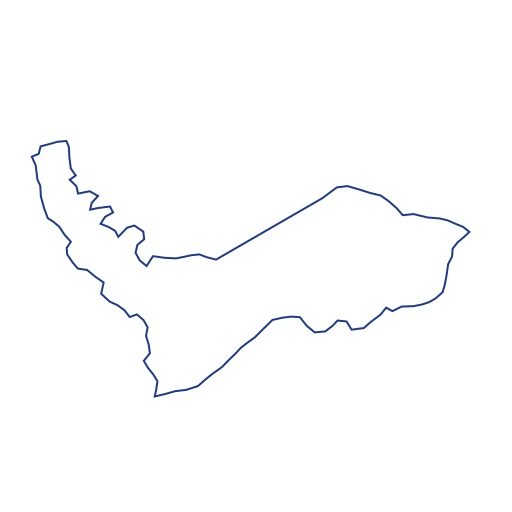 Riacho de Santo Antônio, Paraíba, Brazil (Robinson projection), rotated 265°
{"feature_id": "56859067B45417589726630", "entity_name": "Riacho de Santo Antônio", "entity_type": "district", "adm_level": 2, "iso_a3": "BRA", "parent_name": "Brazil", "parent_adm1": "Paraíba", "projection": "robinson", "projection_center": [-36.132, -7.684], "detail": "fine", "context": "isolated", "style": "outline", "palette": "blue", "viewbox_px": 512, "rotation_deg": 265, "n_neighbors": 0, "source": "geoboundaries", "source_scale": "gbopen_adm2", "svg_char_len": 1751}
<svg xmlns="http://www.w3.org/2000/svg" viewBox="0 0 512 512"><g transform="rotate(265 256 256)"><path d="M384.0,51.0L376.7,48.4L374.5,41.3L365.5,44.4L358.3,44.7L351.3,44.9L344.8,47.2L333.9,46.9L321.5,49.2L311.8,51.9L307.6,57.3L302.4,62.5L293.6,67.3L286.3,72.8L280.5,68.1L273.9,68.1L265.5,72.8L259.0,77.4L256.8,86.5L249.0,94.5L242.9,101.9L231.8,98.5L223.3,106.3L219.1,113.7L213.5,120.2L206.2,124.9L208.2,132.3L202.0,138.3L194.4,141.8L186.0,139.5L177.2,141.4L168.3,141.8L161.3,135.1L154.1,138.6L146.8,143.4L139.9,146.9L132.2,145.1L124.9,142.9L126.4,153.2L128.4,164.0L128.7,174.6L131.5,186.9L137.5,195.0L142.3,202.2L148.4,212.5L154.8,219.9L160.3,226.7L165.5,232.5L169.4,238.3L175.2,247.9L182.9,257.1L190.9,266.9L192.3,277.5L192.5,286.1L191.2,294.4L182.1,300.4L174.8,307.8L174.8,318.4L179.7,326.1L184.6,331.6L182.9,340.5L174.3,344.8L174.8,357.1L180.1,364.3L186.7,374.9L193.2,381.2L189.2,387.1L192.9,396.6L192.3,408.7L193.3,417.5L195.0,424.6L198.1,431.2L203.6,438.7L210.7,441.5L220.4,444.2L231.1,446.7L238.4,451.3L246.1,452.5L252.1,458.1L256.5,464.4L261.4,470.7L267.0,464.8L271.4,456.2L274.9,449.8L277.4,442.2L279.4,430.4L284.0,416.6L283.9,405.7L291.6,400.1L298.9,393.1L305.4,385.5L309.0,374.8L313.4,364.3L317.7,353.1L317.3,342.5L307.8,327.1L255.9,215.9L259.0,207.0L262.5,199.8L262.4,191.6L261.4,183.6L260.6,176.1L262.1,165.2L264.8,153.4L255.5,146.1L261.8,139.8L269.7,136.3L277.4,138.8L282.5,146.1L290.2,145.8L296.9,137.5L295.4,130.0L287.1,120.5L293.3,117.9L297.8,111.6L301.6,104.0L308.2,109.1L311.8,117.4L318.0,114.9L317.6,103.1L316.6,94.8L323.3,97.0L329.5,103.9L335.0,96.0L333.7,84.2L341.3,83.1L348.2,77.1L351.9,83.4L359.4,79.1L371.2,78.7L380.9,79.1L387.1,77.1L387.1,68.1L385.6,60.5L384.0,51.0Z" fill="none" stroke="#1e3a8a" stroke-width="2"/></g></svg>